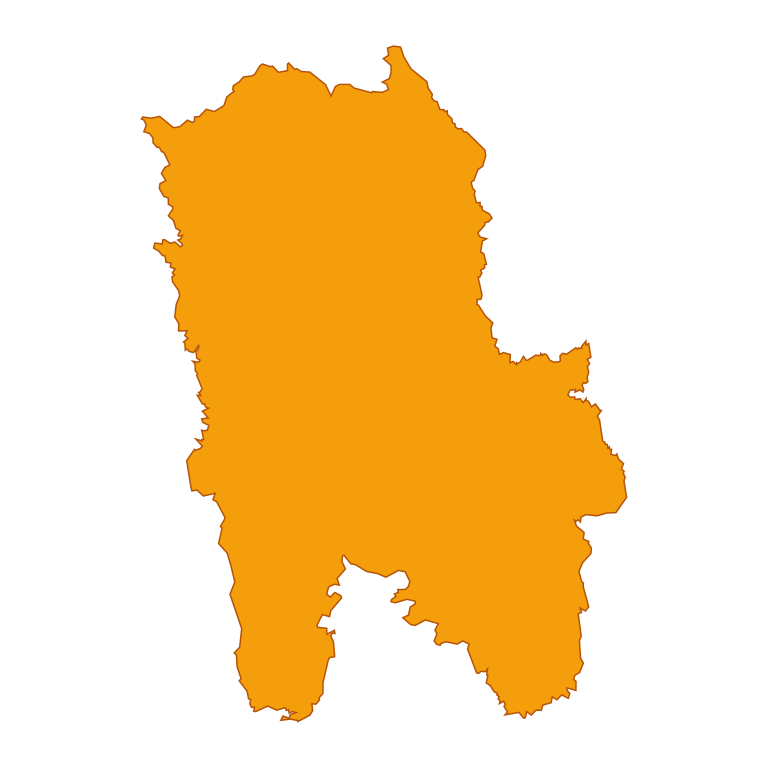 outline of Tuzantla, Michoacán, Mexico
{"feature_id": "50627088B6449807032479", "entity_name": "Tuzantla", "entity_type": "district", "adm_level": 2, "iso_a3": "MEX", "parent_name": "Mexico", "parent_adm1": "Michoacán", "projection": "orthographic", "projection_center": [-100.59, 19.224], "detail": "fine", "context": "isolated", "style": "filled", "palette": "amber", "viewbox_px": 768, "rotation_deg": 0, "n_neighbors": 0, "source": "geoboundaries", "source_scale": "gbopen_adm2", "svg_char_len": 6086}
<svg xmlns="http://www.w3.org/2000/svg" viewBox="0 0 768 768"><path d="M576.0,681.3L573.7,679.5L574.8,675.4L579.5,672.6L583.4,663.1L580.6,658.3L579.4,640.7L581.2,636.2L578.2,613.9L581.6,612.3L580.0,608.1L585.5,611.0L588.7,606.8L583.2,586.5L583.4,583.1L581.7,581.7L578.9,571.4L582.8,562.4L590.9,553.5L591.4,548.1L588.3,543.3L588.8,541.5L583.3,539.0L584.1,532.5L576.5,526.1L574.3,520.1L576.5,521.1L578.4,519.8L580.4,522.0L581.0,517.3L585.8,514.6L597.2,515.8L606.8,513.0L615.9,512.6L626.6,497.3L624.0,481.2L625.1,477.1L623.3,473.3L624.1,471.3L621.4,469.0L623.5,463.6L618.5,459.1L616.8,454.0L615.4,455.5L610.9,454.3L611.5,449.3L609.6,449.3L609.4,446.9L607.9,448.0L607.3,444.5L605.4,444.4L604.9,442.2L602.7,441.1L599.5,419.8L597.3,416.2L601.4,410.5L599.9,410.3L595.4,403.9L591.4,406.8L588.4,401.2L586.0,400.7L586.1,398.6L583.2,402.6L580.2,398.8L575.1,399.4L574.7,396.9L570.2,397.3L567.9,394.7L570.0,390.2L575.5,389.6L575.0,392.1L579.9,389.9L582.9,392.0L583.8,389.7L582.1,385.1L583.8,382.5L585.4,383.5L587.8,381.8L587.2,376.9L588.7,372.5L587.4,366.4L589.6,363.6L587.2,359.4L590.9,357.2L588.7,343.5L586.1,345.1L585.9,341.1L581.6,346.5L581.7,348.5L578.6,347.9L577.4,349.1L575.8,347.7L566.6,354.2L562.7,353.3L560.0,355.9L560.3,360.8L558.8,361.9L553.6,362.1L550.0,360.4L546.4,354.6L544.1,353.8L542.5,355.4L540.8,353.4L540.4,355.6L535.6,355.2L527.6,360.2L526.0,360.2L523.5,356.4L520.3,362.0L517.3,363.7L516.5,362.7L516.1,364.6L513.0,361.4L509.9,362.7L510.3,354.5L503.3,352.6L499.4,354.4L498.3,348.8L494.8,346.1L497.0,339.3L492.1,337.8L490.9,328.2L492.8,323.0L485.0,315.5L478.4,305.0L476.9,304.6L477.4,299.1L480.1,299.6L481.4,298.3L481.9,294.6L478.1,277.3L479.6,277.1L481.8,273.2L480.5,270.2L484.6,268.1L484.6,264.9L486.5,264.2L483.7,253.5L480.6,252.2L482.4,241.0L486.7,238.7L480.2,237.1L477.8,232.9L484.7,225.2L485.2,222.6L488.6,221.7L492.0,218.1L489.3,213.9L482.2,210.0L482.1,206.5L480.1,206.2L480.1,202.5L476.4,202.7L474.3,194.6L475.0,190.9L472.6,188.3L471.1,182.1L473.8,180.6L477.8,169.8L482.7,166.1L485.7,155.7L485.0,150.2L466.9,132.3L463.8,131.7L461.5,128.5L458.0,128.8L455.1,126.7L455.1,123.9L452.6,122.9L451.8,118.7L447.4,114.4L447.2,110.8L444.6,111.7L443.9,109.6L439.9,109.6L437.1,101.6L434.2,101.0L431.5,97.5L432.4,94.4L428.2,88.2L426.9,81.7L411.0,68.9L404.1,57.3L400.5,47.1L393.4,46.1L387.5,48.1L388.6,55.3L383.3,58.6L391.0,65.4L391.1,72.2L389.4,78.5L382.3,82.1L386.7,84.2L388.4,89.6L382.2,92.4L372.4,91.5L371.7,92.8L354.1,88.1L349.8,84.4L339.2,84.4L335.2,86.7L331.1,96.1L325.5,84.6L309.9,72.1L301.2,71.5L296.8,68.7L294.7,69.3L288.7,63.0L287.5,64.1L287.5,70.6L278.5,72.3L272.3,66.0L270.4,66.7L262.5,64.0L260.0,65.7L254.8,74.2L251.4,76.1L243.5,76.9L239.1,82.0L233.3,85.7L232.7,89.6L234.1,91.2L226.8,97.0L223.9,105.6L214.5,111.5L206.2,109.3L199.3,116.6L194.6,116.9L194.4,121.0L192.7,122.5L187.4,120.2L180.1,126.5L175.0,127.6L172.9,127.3L159.7,116.4L151.2,118.2L142.8,117.0L141.4,119.0L143.7,119.8L146.3,125.0L143.9,131.7L149.5,133.5L152.9,137.9L153.1,142.9L157.0,147.3L159.5,147.5L161.6,151.7L163.9,152.3L169.8,164.9L164.8,167.5L161.4,173.4L165.8,180.6L160.0,183.6L159.3,188.4L163.7,196.3L168.3,198.0L168.4,204.3L172.6,206.6L172.8,208.8L168.4,215.8L173.5,220.6L176.0,228.5L180.3,230.6L178.0,235.1L178.7,236.2L182.6,235.4L180.5,239.0L177.8,240.1L181.7,243.2L182.4,245.3L180.4,246.8L174.9,242.0L170.4,243.3L164.4,239.6L162.7,239.9L162.3,243.9L154.8,243.1L153.6,248.1L158.7,251.0L162.4,255.5L165.1,256.0L165.9,262.2L170.8,263.0L170.3,267.1L175.0,268.8L172.3,273.0L174.5,274.9L172.0,276.8L172.6,281.9L178.6,290.6L179.6,295.9L176.2,304.5L174.8,317.0L178.8,323.6L178.5,330.9L187.2,330.9L184.8,335.5L188.0,338.4L183.5,342.0L184.9,343.2L185.3,350.1L186.8,348.9L189.1,351.4L193.5,352.6L199.0,344.9L198.0,349.8L196.0,351.5L196.9,358.3L200.1,360.1L198.5,362.2L192.7,361.2L195.0,363.7L195.3,370.8L197.7,373.5L196.7,375.3L202.0,388.4L200.2,392.0L198.5,392.4L200.8,395.5L197.2,395.2L202.4,404.0L204.5,403.9L205.3,406.7L208.6,408.1L202.4,411.2L208.1,417.9L201.7,418.9L202.8,422.4L208.8,425.3L207.4,430.2L202.3,431.0L201.5,429.4L203.7,439.4L201.8,439.5L202.0,440.9L195.9,439.1L202.3,446.1L200.2,448.6L195.2,450.4L194.4,449.4L186.7,460.7L190.8,486.4L191.9,490.9L197.0,490.1L203.5,496.0L215.2,493.3L212.9,499.6L216.7,501.8L224.6,516.8L224.9,518.7L220.4,526.5L222.1,528.0L218.6,543.5L227.2,553.1L230.8,565.1L234.8,582.0L230.0,594.3L241.7,628.6L239.7,647.1L234.2,653.0L236.4,654.8L237.2,666.9L241.1,678.6L239.2,680.8L247.1,691.1L248.5,698.8L250.8,699.6L249.8,703.8L251.5,707.3L254.6,707.3L253.6,711.2L255.8,711.6L267.7,706.1L276.8,710.2L285.2,707.6L286.3,710.5L288.5,709.7L289.2,713.1L292.4,711.6L296.2,712.6L290.3,714.7L289.3,718.3L283.1,716.0L280.8,720.3L290.2,719.1L298.6,720.7L297.2,721.9L309.8,715.2L312.6,710.8L311.9,703.7L315.8,704.2L319.4,700.2L319.3,697.6L322.9,693.5L323.0,682.7L328.2,660.3L329.5,657.6L334.7,656.7L333.4,641.8L330.7,636.0L332.4,633.0L334.9,633.5L334.4,630.3L326.9,634.2L326.7,628.3L318.0,627.4L316.9,625.5L322.3,614.6L329.5,616.6L330.8,610.6L341.5,598.0L340.9,595.7L334.7,592.5L330.4,597.1L326.7,594.2L328.6,586.9L334.6,584.2L339.3,585.1L337.1,578.5L345.4,569.0L342.0,561.6L342.5,556.0L344.0,555.2L350.8,563.8L355.6,564.7L366.4,571.4L378.0,573.7L385.9,577.2L398.6,570.4L405.2,571.8L409.8,581.3L408.5,586.3L405.5,589.4L397.7,589.6L398.4,592.5L394.4,593.8L395.8,596.5L391.6,599.5L391.0,601.6L395.3,602.8L406.9,599.3L414.9,601.1L415.5,603.6L410.2,607.1L408.5,615.1L402.8,617.7L410.7,624.6L415.2,625.4L425.4,620.0L438.3,623.6L435.0,630.1L436.9,633.8L434.2,640.9L436.4,644.1L440.1,645.3L441.2,643.4L445.9,641.8L457.3,644.1L462.8,640.9L469.0,644.0L467.6,649.1L476.6,672.9L478.7,673.3L481.1,671.3L485.3,671.7L487.5,668.9L486.7,674.8L487.9,675.6L486.2,682.9L490.0,685.4L494.1,691.7L497.4,693.4L496.8,694.8L499.1,696.6L498.1,698.8L500.1,700.9L499.4,703.6L503.6,701.2L505.3,704.4L504.0,706.5L507.5,712.0L505.0,714.9L518.8,712.4L523.7,718.2L525.3,717.6L526.7,711.6L531.3,715.1L535.9,710.2L541.3,710.3L542.8,705.1L551.2,702.7L552.2,696.8L556.9,699.8L561.7,694.9L568.3,698.3L569.8,693.5L566.9,690.1L567.1,687.9L575.9,690.4L576.0,681.3Z" fill="#f59e0b" stroke="#b45309" stroke-width="1.5"/></svg>